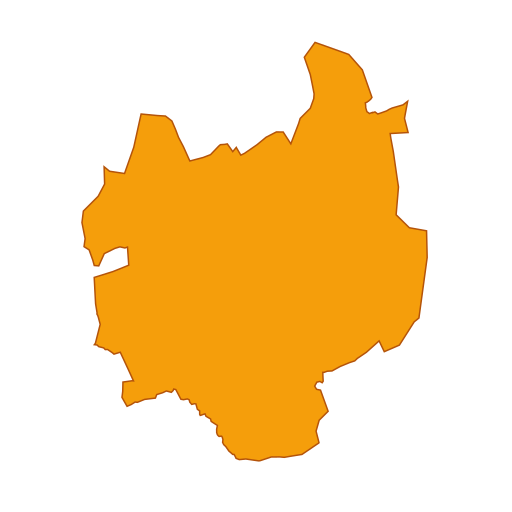 the district of Minjibir, Kano, Nigeria, rotated 352°
{"feature_id": "59680162B51390103580898", "entity_name": "Minjibir", "entity_type": "district", "adm_level": 2, "iso_a3": "NGA", "parent_name": "Nigeria", "parent_adm1": "Kano", "projection": "equal_earth", "projection_center": [8.6, 12.2], "detail": "fine", "context": "isolated", "style": "filled", "palette": "amber", "viewbox_px": 512, "rotation_deg": 352, "n_neighbors": 0, "source": "geoboundaries", "source_scale": "gbopen_adm2", "svg_char_len": 2900}
<svg xmlns="http://www.w3.org/2000/svg" viewBox="0 0 512 512"><g transform="rotate(352 256 256)"><path d="M107.4,386.9L111.8,385.7L116.0,383.8L118.2,384.4L125.7,382.5L136.6,382.7L138.4,379.4L144.6,378.4L148.4,377.2L153.2,379.2L155.2,377.7L156.0,376.3L158.0,377.1L161.7,387.4L164.2,388.2L168.1,388.0L169.8,389.0L170.1,391.5L171.7,394.0L172.8,393.9L174.4,393.7L175.9,394.1L176.6,399.6L177.0,400.0L178.6,401.5L178.4,403.4L178.2,404.9L178.6,406.1L179.4,406.0L183.5,405.2L184.2,407.8L188.3,411.0L188.6,413.6L192.2,416.7L194.2,418.4L192.9,422.1L192.6,424.6L192.5,425.0L192.5,425.4L192.7,426.7L192.9,427.6L193.5,428.6L194.3,429.5L195.3,429.6L196.2,429.5L196.9,429.7L197.4,430.9L197.7,433.2L197.0,435.9L197.8,438.3L199.6,440.6L202.0,445.4L203.7,447.3L205.3,449.2L206.7,449.5L207.6,451.9L208.1,453.6L211.1,455.3L217.7,455.6L226.9,458.3L230.0,459.2L231.4,459.3L240.8,457.6L242.8,457.2L243.7,457.2L246.1,457.6L251.3,458.2L256.0,459.3L262.8,459.1L267.8,459.0L273.9,458.9L288.1,451.9L292.2,449.9L292.4,449.6L291.1,437.8L295.7,427.4L305.8,419.8L301.2,397.8L297.4,396.4L296.0,393.0L298.7,389.4L301.8,389.1L303.9,390.7L305.1,389.3L305.6,383.6L306.0,380.5L307.4,380.7L307.6,380.6L310.6,380.0L315.3,380.4L324.0,377.1L333.7,374.6L339.2,373.6L342.1,371.5L345.8,369.7L351.9,366.7L366.1,357.2L369.7,368.6L385.6,364.2L403.5,343.2L408.7,340.1L425.3,281.3L428.4,254.8L427.8,254.6L412.8,249.7L412.0,249.5L411.4,248.9L400.5,234.7L406.7,207.5L406.6,200.7L406.5,171.7L405.9,158.1L405.9,153.4L423.8,154.9L422.2,140.4L423.1,137.6L427.7,123.9L422.6,126.8L411.4,128.4L408.3,129.3L405.5,130.5L399.7,131.7L396.3,132.3L393.9,129.9L392.4,130.1L391.5,130.4L391.3,130.0L388.1,130.7L387.6,130.1L385.9,128.5L385.6,126.4L385.3,124.6L385.5,122.9L385.6,120.5L385.6,119.5L387.4,119.1L388.1,118.6L388.8,118.4L391.4,116.7L392.9,115.1L387.2,86.5L375.9,69.3L344.2,52.7L331.5,65.9L335.0,83.8L335.6,93.7L336.1,103.5L335.1,108.2L330.3,117.3L318.9,125.9L316.6,130.8L306.1,149.8L304.9,147.2L300.5,137.7L300.2,137.0L293.4,136.0L282.5,139.8L272.4,146.0L267.2,148.6L258.8,152.8L255.0,154.0L253.3,149.9L251.9,146.6L251.6,145.7L247.5,149.4L243.2,141.0L240.5,141.1L236.3,140.8L236.1,140.9L234.5,141.9L225.1,149.3L217.4,151.1L203.7,152.7L199.3,137.6L195.8,127.8L193.9,119.4L191.5,110.6L185.8,104.8L177.9,103.2L162.0,99.4L160.0,104.7L150.1,131.3L137.3,156.0L122.8,151.7L118.0,146.5L116.1,163.7L108.0,174.9L91.3,187.5L88.3,198.7L89.2,215.0L87.0,222.8L91.6,226.7L93.8,237.4L94.5,242.9L98.9,243.9L106.1,232.5L117.4,228.8L122.5,228.0L127.3,229.8L130.0,229.3L128.7,247.4L112.2,251.5L92.8,254.7L90.5,281.0L90.7,290.4L90.5,290.7L90.5,291.9L90.8,292.3L90.9,292.5L91.3,294.5L92.2,302.0L84.8,320.1L83.6,321.3L86.2,322.0L87.7,323.9L92.4,325.8L93.7,327.7L96.0,327.9L100.3,331.8L101.7,333.4L108.2,332.4L113.9,351.1L117.3,362.6L115.8,362.3L106.7,362.3L105.2,371.4L104.4,374.4L103.6,377.3L104.8,380.4L107.4,386.9Z" fill="#f59e0b" stroke="#b45309" stroke-width="1.5"/></g></svg>